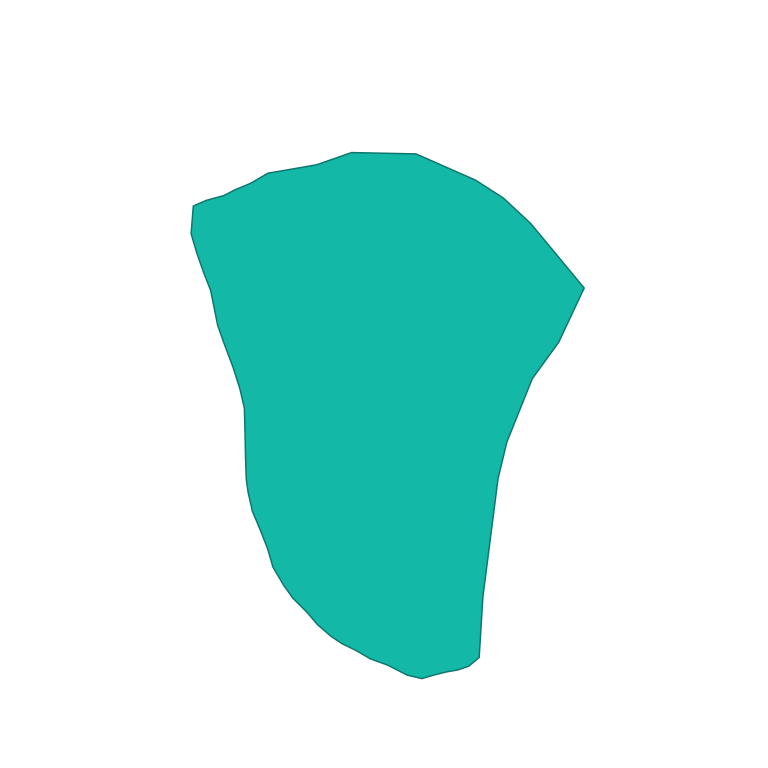 outline of Songrim City, Hwanghae-bukto, North Korea, rotated 135°
{"feature_id": "82179303B86306184890234", "entity_name": "Songrim City", "entity_type": "district", "adm_level": 2, "iso_a3": "PRK", "parent_name": "North Korea", "parent_adm1": "Hwanghae-bukto", "projection": "orthographic", "projection_center": [125.63, 38.769], "detail": "fine", "context": "isolated", "style": "filled", "palette": "teal", "viewbox_px": 768, "rotation_deg": 135, "n_neighbors": 0, "source": "geoboundaries", "source_scale": "gbopen_adm2", "svg_char_len": 795}
<svg xmlns="http://www.w3.org/2000/svg" viewBox="0 0 768 768"><g transform="rotate(135 384 384)"><path d="M510.1,123.3L464.9,163.3L370.2,236.5L338.1,256.1L275.4,282.9L230.9,290.0L174.6,310.3L166.8,393.6L168.1,431.1L175.1,463.3L198.7,524.1L243.3,570.6L276.7,586.7L317.1,615.2L336.3,620.2L352.1,626.7L364.0,630.5L379.8,639.5L393.0,644.7L414.1,626.7L423.3,609.9L432.6,590.6L440.5,572.6L460.2,543.0L468.2,526.2L478.7,503.0L489.3,482.5L499.8,465.7L515.6,449.0L534.1,429.7L548.6,414.2L556.4,403.9L567.0,387.2L574.9,367.8L582.8,349.8L592.0,333.1L597.3,312.5L599.9,297.0L599.9,276.4L601.2,261.0L599.9,242.9L597.3,230.1L592.0,214.6L588.0,199.2L580.1,182.4L573.5,161.8L565.6,149.0L553.8,142.5L543.2,136.1L534.0,129.6L523.5,124.5L510.1,123.3Z" fill="#14b8a6" stroke="#0f766e" stroke-width="1.5"/></g></svg>